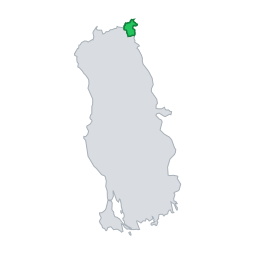 Turkey, with Hakkari highlighted, rotated 259°
{"feature_id": "TUR-3047", "entity_name": "Hakkari", "entity_type": "Province", "adm_level": 1, "iso_a3": "TUR", "parent_name": "Turkey", "parent_adm1": "", "projection": "equal_earth", "projection_center": [44.217, 37.441], "detail": "fine", "context": "in_parent", "style": "filled", "palette": "green", "viewbox_px": 256, "rotation_deg": 259, "n_neighbors": 0, "source": "natural_earth", "source_scale": "10m", "svg_char_len": 5106}
<svg xmlns="http://www.w3.org/2000/svg" viewBox="0 0 256 256"><g transform="rotate(259 128 128)"><path d="M197.5,90.4L200.9,91.6L202.1,90.7L205.2,90.8L208.0,91.5L209.5,89.5L211.5,89.7L211.9,90.7L212.8,91.1L215.7,93.7L215.4,94.0L216.1,94.9L218.6,95.6L218.8,96.9L220.7,98.8L221.7,101.9L221.1,104.0L220.0,105.3L221.6,109.9L221.1,110.4L224.1,111.9L228.0,111.7L229.2,112.3L232.9,116.0L233.8,117.4L231.3,115.6L229.8,117.1L229.1,120.7L225.0,121.3L225.6,123.7L226.7,124.7L226.4,127.0L226.7,127.8L227.8,129.3L227.6,131.3L228.1,133.4L228.1,135.9L229.8,136.7L229.0,137.8L227.1,142.9L227.2,143.4L228.5,143.5L231.4,145.9L230.9,146.6L231.2,149.9L233.7,152.1L233.3,153.2L233.3,154.3L231.6,153.8L227.9,156.7L227.5,156.7L227.0,155.6L226.9,152.7L226.0,151.9L224.9,151.7L222.9,153.1L221.1,153.0L219.3,152.8L214.5,150.9L212.8,151.6L211.0,150.9L207.4,154.5L206.3,154.8L205.8,153.0L204.5,152.0L202.9,153.3L196.8,155.1L193.9,155.4L190.5,154.8L187.7,155.0L179.8,159.0L172.3,161.2L165.7,161.0L162.1,158.5L159.3,157.9L150.7,161.7L146.5,161.6L145.1,160.0L142.0,159.3L141.2,160.9L140.4,164.5L141.4,167.8L139.6,168.0L138.4,168.8L138.0,171.3L136.4,172.3L135.8,173.8L135.5,173.9L132.8,172.6L133.6,171.4L132.1,166.7L133.0,165.3L136.6,161.5L136.6,159.3L135.1,157.7L130.7,160.5L130.2,161.6L129.2,162.4L127.6,162.7L119.9,159.1L115.2,162.3L111.1,166.9L108.1,168.6L99.4,169.9L97.8,170.8L94.9,169.8L93.2,168.6L89.5,163.3L82.1,159.4L74.2,158.4L73.4,159.4L72.9,163.5L71.4,167.3L70.7,167.7L69.0,166.7L62.8,169.0L57.7,166.5L56.8,165.4L55.9,161.0L55.2,160.6L54.3,161.3L53.4,161.2L49.8,159.3L47.8,159.2L46.4,161.1L44.4,161.9L44.3,161.3L45.2,160.1L42.0,160.3L40.3,161.3L38.1,160.7L38.2,160.2L40.1,159.6L44.4,158.9L47.3,156.0L37.2,156.1L36.2,156.8L36.2,155.2L36.8,154.5L39.5,154.0L39.4,152.7L37.9,151.3L36.2,150.6L35.6,147.4L34.8,146.6L34.9,146.2L36.6,145.6L37.1,143.3L37.0,141.9L33.8,140.7L33.1,140.8L32.4,139.5L31.1,138.7L29.9,139.4L26.8,137.5L27.5,136.1L28.3,136.2L28.5,135.1L28.0,133.3L28.2,132.4L28.9,132.1L29.7,132.3L30.4,133.4L30.3,135.4L31.1,136.6L31.8,135.4L33.3,136.1L36.0,135.5L36.5,134.9L34.6,135.0L33.9,134.5L32.6,131.1L34.3,130.2L35.6,128.5L33.4,127.4L34.0,125.2L32.3,122.6L35.2,119.3L35.1,118.8L34.3,118.6L26.2,120.0L26.2,118.6L26.9,117.3L27.2,114.1L27.6,112.4L29.2,111.9L31.2,109.4L34.3,106.5L37.3,106.5L38.6,105.7L40.4,105.7L40.8,106.8L42.4,107.6L45.1,107.5L46.5,106.7L45.4,105.3L47.0,104.8L48.2,105.2L47.4,106.8L47.8,106.9L51.4,106.4L55.2,106.8L59.3,106.6L59.9,106.1L57.1,104.5L59.0,103.1L60.1,102.9L68.9,101.6L69.0,101.3L63.7,100.6L61.1,98.7L60.4,97.7L61.1,95.3L61.8,94.6L63.7,94.5L70.2,95.6L74.9,95.0L79.9,96.6L84.8,96.3L85.8,95.5L87.2,93.2L94.3,89.3L96.9,87.3L107.8,83.4L123.8,84.1L126.6,82.6L128.2,83.1L127.7,84.1L127.8,85.0L129.6,87.3L132.4,88.7L136.4,87.6L137.8,88.0L139.1,91.7L141.5,93.9L142.6,94.0L144.2,92.7L145.6,92.6L147.9,93.8L148.7,95.1L156.3,96.7L157.9,97.8L163.0,98.9L174.6,96.3L178.7,98.1L182.2,98.6L183.7,98.4L188.4,96.3L189.9,95.1L192.8,94.0L196.5,91.7L197.5,90.4ZM50.2,83.9L49.8,85.5L50.3,87.3L51.7,89.8L53.2,91.1L60.8,94.5L59.4,97.7L57.5,98.2L50.9,96.6L48.1,97.9L46.2,97.6L43.4,98.2L42.5,100.1L40.4,102.3L34.8,105.1L29.5,110.5L28.0,111.2L28.8,109.3L28.9,107.7L31.2,105.8L34.3,104.4L35.2,103.2L27.6,103.4L27.0,101.7L27.8,101.4L30.5,98.5L30.9,97.3L30.9,94.4L34.0,92.7L34.3,92.0L34.1,89.2L31.4,87.5L31.5,86.7L33.6,85.9L34.9,84.0L37.9,83.6L39.4,82.6L41.9,82.1L44.9,84.6L48.7,83.6L50.2,83.9ZM25.5,110.3L22.9,110.7L22.2,110.3L23.0,109.4L25.1,108.8L25.6,109.7L25.5,110.3Z" fill="#d9dde1" stroke="#a8b0b8" stroke-width="1"/><path d="M218.9,152.8L218.7,152.7L218.2,152.3L217.7,152.0L217.6,151.9L217.7,151.6L218.0,150.8L218.1,149.5L217.7,148.5L217.6,147.7L217.8,146.9L217.9,145.5L219.4,145.5L220.9,145.3L221.2,145.1L221.5,144.9L222.0,145.0L222.4,145.2L223.2,145.2L223.9,145.1L224.5,144.7L224.8,143.9L225.2,143.0L226.1,142.9L227.0,143.0L227.2,143.4L227.6,143.5L228.3,143.4L228.5,143.4L228.9,143.6L229.0,143.7L229.0,143.9L229.1,144.0L229.3,144.4L229.5,144.4L229.6,144.5L229.6,144.8L229.6,145.0L229.8,145.0L230.0,145.0L230.1,144.9L230.4,144.8L230.7,145.0L231.0,145.2L231.4,145.8L231.5,145.9L231.3,146.1L231.0,146.4L230.9,146.6L230.8,147.0L231.0,147.3L231.3,147.5L231.2,148.0L231.2,148.4L231.1,148.8L231.2,149.1L231.2,149.3L231.1,149.8L231.2,150.0L231.3,150.1L231.7,150.1L231.9,150.3L232.1,150.7L232.2,150.8L232.6,150.8L232.8,151.1L232.8,151.3L233.5,151.7L233.8,152.1L233.7,152.5L233.4,152.8L233.2,153.2L233.2,153.5L233.4,153.8L233.4,154.0L233.4,154.3L233.2,154.0L233.0,153.9L231.8,153.7L231.6,153.8L231.2,153.9L230.8,154.3L230.4,154.7L230.1,155.0L229.9,155.3L229.6,155.4L228.6,155.8L228.5,156.2L228.3,156.5L228.2,156.7L228.1,156.9L227.9,156.9L227.5,156.7L227.4,156.7L226.8,155.4L226.8,155.1L226.8,154.8L226.9,154.5L227.1,154.2L227.3,154.1L227.5,153.9L227.5,153.7L227.5,153.2L227.4,152.9L227.2,152.6L227.1,152.4L226.8,152.3L225.7,151.8L225.5,151.7L225.1,151.7L224.6,151.8L224.2,152.1L223.9,152.6L223.5,153.1L222.9,153.2L222.7,153.4L222.3,153.1L222.2,153.1L221.9,153.0L221.6,152.9L220.4,153.0L220.2,153.0L219.9,152.9L219.7,152.7L219.4,152.6L219.0,152.8L218.9,152.8Z" fill="#22c55e" stroke="#15803d" stroke-width="1.5"/></g></svg>